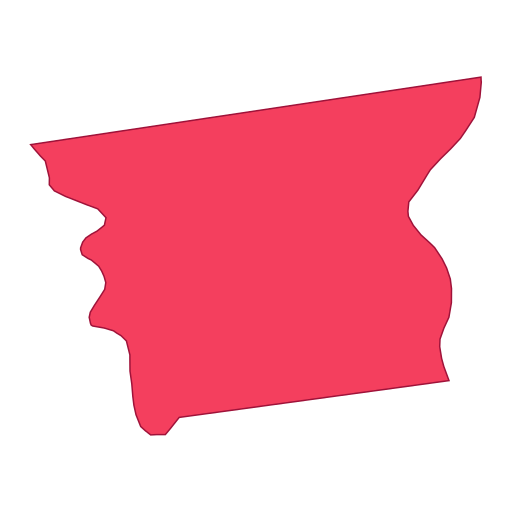 Beyar, Laborie, Saint Lucia (Albers equal-area conic projection)
{"feature_id": "8701671B32276542748639", "entity_name": "Beyar", "entity_type": "district", "adm_level": 2, "iso_a3": "LCA", "parent_name": "Saint Lucia", "parent_adm1": "Laborie", "projection": "albers", "projection_center": [-60.991, 13.774], "detail": "fine", "context": "isolated", "style": "filled", "palette": "rose", "viewbox_px": 512, "rotation_deg": 0, "n_neighbors": 0, "source": "geoboundaries", "source_scale": "gbopen_adm2", "svg_char_len": 1145}
<svg xmlns="http://www.w3.org/2000/svg" viewBox="0 0 512 512"><path d="M30.7,144.6L34.2,148.9L40.4,156.0L45.3,161.0L49.4,177.8L49.3,184.8L54.4,190.9L65.5,196.4L87.1,204.9L97.7,208.8L106.0,217.7L104.4,225.2L96.9,231.2L91.8,233.9L86.0,237.8L82.7,242.1L80.6,247.9L80.6,249.6L82.2,254.7L88.1,258.5L91.3,260.0L98.7,266.2L101.7,271.1L104.1,276.5L105.8,282.6L104.7,289.4L100.1,296.7L94.5,305.2L90.3,312.2L89.2,317.3L90.5,323.4L91.2,325.1L92.7,326.0L104.1,328.0L113.5,330.8L116.9,333.2L121.1,335.7L126.4,340.9L129.9,354.9L129.9,358.0L130.0,371.1L131.8,383.9L132.8,396.2L133.9,405.2L136.0,414.7L140.7,426.5L145.3,430.7L150.7,434.9L156.5,434.6L161.1,434.6L165.3,434.6L170.5,428.4L172.3,426.1L176.9,420.3L179.2,417.4L449.0,380.6L443.8,366.5L441.6,358.4L439.7,346.7L440.0,339.1L443.9,328.1L448.9,317.3L451.4,302.7L451.5,288.6L450.3,279.0L446.6,268.0L442.1,258.9L434.6,247.6L430.3,243.4L420.9,234.8L413.3,225.4L408.4,216.4L407.9,211.3L408.8,201.9L417.9,190.1L427.4,174.4L430.3,169.8L440.6,158.7L450.7,148.8L460.3,138.5L465.4,131.1L474.3,117.4L479.9,97.4L481.3,82.0L481.1,80.4L481.0,77.1L30.7,144.6Z" fill="#f43f5e" stroke="#9f1239" stroke-width="1.5"/></svg>